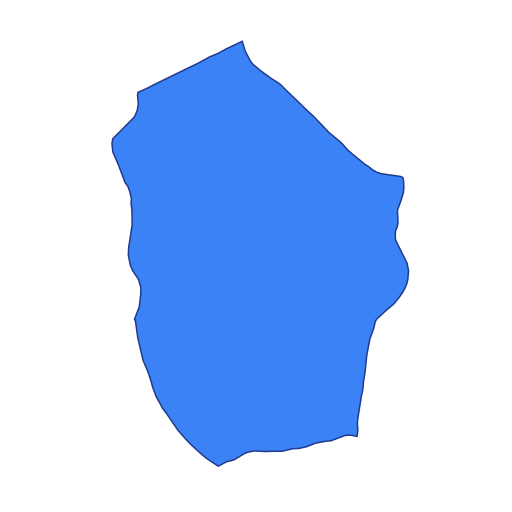 the district of Zacualpa, Quiché, Guatemala, rotated 275°
{"feature_id": "79465075B97254104766130", "entity_name": "Zacualpa", "entity_type": "district", "adm_level": 2, "iso_a3": "GTM", "parent_name": "Guatemala", "parent_adm1": "Quiché", "projection": "albers", "projection_center": [-90.884, 15.093], "detail": "fine", "context": "isolated", "style": "filled", "palette": "blue", "viewbox_px": 512, "rotation_deg": 275, "n_neighbors": 0, "source": "geoboundaries", "source_scale": "gbopen_adm2", "svg_char_len": 1809}
<svg xmlns="http://www.w3.org/2000/svg" viewBox="0 0 512 512"><g transform="rotate(275 256 256)"><path d="M182.5,140.5L180.6,141.6L164.4,145.3L142.2,152.6L131.1,158.5L122.1,162.4L116.2,164.5L106.5,169.2L100.8,173.2L96.6,175.8L90.4,181.3L75.4,193.6L67.7,201.7L62.8,207.2L55.6,216.5L52.3,221.1L50.4,223.8L48.7,226.8L43.3,236.7L48.4,244.5L50.8,251.5L58.0,261.5L59.7,264.6L61.7,271.5L62.0,281.8L62.6,287.0L63.8,299.2L67.3,309.6L68.0,315.5L70.5,323.2L74.7,331.5L75.7,335.2L77.6,341.9L78.4,346.7L85.0,360.4L85.8,365.7L85.1,372.4L92.1,372.6L96.7,371.7L101.7,371.5L124.1,373.1L133.5,374.1L139.3,374.0L150.2,374.8L166.3,375.0L174.0,375.7L183.4,376.7L193.8,379.5L200.0,380.4L202.0,380.9L203.7,381.8L213.5,390.7L220.2,397.4L226.5,401.8L232.1,405.0L236.6,407.1L241.0,408.5L245.9,409.3L250.7,409.3L254.4,409.3L262.1,407.1L284.1,393.6L289.0,392.9L293.3,392.8L296.5,394.0L301.1,394.6L313.3,393.0L315.6,393.3L317.4,393.9L325.1,395.9L332.1,397.3L337.3,397.3L342.0,396.7L345.6,396.0L346.9,395.5L347.6,393.9L347.9,392.3L348.9,373.6L350.0,369.0L351.8,365.0L354.6,360.8L357.1,356.1L364.1,345.9L365.9,343.2L367.9,340.5L369.8,337.9L376.0,331.4L385.8,317.4L399.9,301.5L405.2,294.5L411.6,286.7L422.2,273.5L429.6,264.6L434.2,255.7L436.9,251.3L438.7,248.1L441.7,243.5L443.1,241.4L444.4,239.6L446.2,236.8L449.8,233.3L459.4,227.3L468.7,223.6L459.7,208.2L454.4,200.3L450.5,192.7L442.7,181.0L437.1,171.6L429.1,158.2L425.2,151.8L419.0,141.4L413.2,132.2L408.9,124.3L406.1,123.9L397.2,125.5L390.7,125.0L384.2,122.9L382.4,121.5L360.3,103.1L355.5,102.7L347.2,104.3L333.8,111.5L317.9,119.1L314.2,122.3L309.2,124.6L302.2,126.9L297.8,126.9L291.0,128.4L276.0,129.9L253.1,128.4L245.9,128.7L235.8,131.6L230.5,134.5L223.4,140.3L222.2,141.1L214.5,144.0L207.6,144.5L195.5,144.2L182.5,140.5Z" fill="#3b82f6" stroke="#1e3a8a" stroke-width="1.5"/></g></svg>